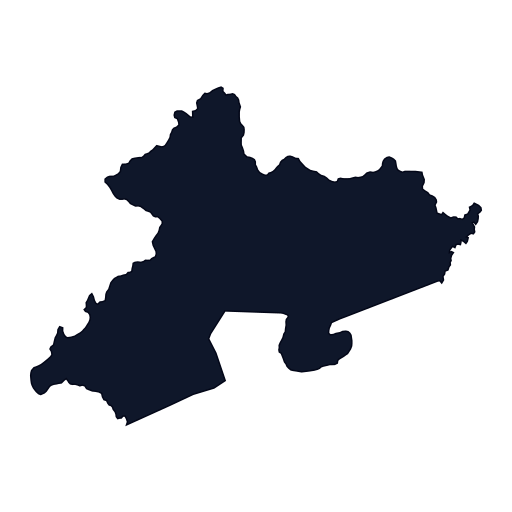 Umburanas, Bahia, Brazil (Natural Earth projection)
{"feature_id": "56859067B72375205404431", "entity_name": "Umburanas", "entity_type": "district", "adm_level": 2, "iso_a3": "BRA", "parent_name": "Brazil", "parent_adm1": "Bahia", "projection": "natural_earth1", "projection_center": [-41.256, -10.567], "detail": "fine", "context": "isolated", "style": "filled", "palette": "ink", "viewbox_px": 512, "rotation_deg": 0, "n_neighbors": 0, "source": "geoboundaries", "source_scale": "gbopen_adm2", "svg_char_len": 6028}
<svg xmlns="http://www.w3.org/2000/svg" viewBox="0 0 512 512"><path d="M227.8,94.5L226.0,95.1L224.6,93.2L222.8,91.4L223.0,88.3L221.1,87.1L218.3,88.0L216.0,89.0L212.6,90.6L209.8,92.9L207.0,93.8L204.9,93.3L202.9,95.4L200.7,98.8L197.5,100.5L196.7,102.9L197.2,105.3L197.8,108.6L195.6,110.7L192.6,111.4L192.8,117.2L190.3,117.1L187.9,115.1L186.1,113.6L183.8,112.1L181.7,111.0L177.1,111.0L174.9,112.2L174.2,115.1L174.8,117.5L177.4,118.7L178.7,122.3L179.0,124.9L176.6,127.2L174.0,128.2L172.5,129.8L171.7,132.4L170.5,134.5L170.1,137.4L168.7,140.1L166.8,143.2L165.2,145.6L163.4,146.6L161.5,146.9L156.7,145.7L152.7,150.0L150.6,151.4L149.3,152.9L147.2,153.8L145.2,154.4L143.7,156.2L141.8,157.6L139.4,157.6L134.6,158.3L132.1,158.9L130.1,161.0L128.8,163.3L125.9,164.2L122.4,164.3L120.9,167.4L120.4,171.5L118.3,173.9L115.6,175.4L113.8,176.3L109.6,176.4L107.4,177.2L105.1,179.1L105.1,182.0L107.5,184.2L109.9,187.3L111.6,190.2L113.3,193.5L115.2,196.2L116.9,197.9L119.6,199.2L122.3,199.2L124.2,198.8L126.7,199.5L128.9,201.6L130.4,203.5L135.5,206.0L138.2,205.8L140.7,206.4L142.3,207.6L144.2,208.9L146.0,210.5L148.0,211.1L150.6,212.1L153.4,215.9L155.5,216.8L157.6,216.6L159.7,218.2L162.2,221.1L162.3,223.6L161.3,225.3L159.8,227.4L159.2,230.4L158.1,233.2L156.3,235.5L154.4,238.3L152.4,241.7L153.2,245.3L154.8,248.7L156.1,251.4L156.3,254.0L155.4,256.8L153.4,257.7L151.6,258.7L150.2,260.3L147.7,260.4L145.4,260.3L143.6,261.6L140.9,262.4L137.7,262.0L134.9,262.4L133.2,263.3L132.9,265.8L132.2,268.5L131.8,271.4L130.0,272.4L128.1,272.5L126.3,274.6L123.3,275.2L120.8,276.1L118.2,276.4L116.4,277.5L114.5,278.5L112.9,280.2L110.9,282.8L108.8,289.3L106.8,291.9L106.0,294.2L105.7,297.7L105.2,300.7L102.3,301.8L100.0,302.0L97.7,304.3L95.8,303.3L94.3,300.4L93.4,296.8L91.8,293.7L89.6,295.6L87.5,300.6L86.2,302.7L86.4,304.9L86.4,307.5L84.2,309.6L85.5,311.4L88.2,312.3L89.8,314.6L90.3,317.4L90.0,319.8L88.9,322.6L87.8,324.2L86.6,326.2L85.4,328.0L83.8,329.6L82.5,331.2L80.4,332.9L77.2,334.7L74.9,336.2L71.1,337.3L67.3,337.8L65.5,336.7L63.8,334.4L62.6,331.1L62.7,327.8L59.7,326.7L58.0,329.6L57.7,333.1L56.3,336.0L55.3,337.7L54.4,341.3L53.6,344.9L50.9,347.0L50.0,349.0L51.5,351.5L52.0,354.6L50.7,356.7L48.1,359.1L44.1,362.4L41.2,364.6L38.7,365.9L36.4,366.9L34.0,367.7L31.6,370.5L31.0,372.7L30.7,375.6L31.1,380.4L31.5,383.2L32.2,385.3L33.4,387.8L34.7,389.6L36.3,391.6L38.6,393.7L40.7,394.5L44.3,392.9L46.2,391.2L49.6,386.3L51.3,385.1L53.8,384.2L56.5,383.8L58.5,383.3L61.4,382.9L64.2,380.1L66.2,378.6L67.9,380.7L68.9,382.4L70.4,383.9L72.4,384.3L75.1,384.2L78.0,385.0L79.8,385.8L82.3,385.1L84.8,385.8L86.6,388.6L88.9,389.6L92.3,390.9L95.4,391.2L98.9,391.9L101.7,393.4L102.5,396.9L104.0,399.7L106.6,400.5L107.9,403.3L109.2,405.0L111.0,405.5L112.4,406.9L113.3,409.5L115.1,411.7L116.0,414.2L116.3,416.7L117.7,418.6L119.5,418.1L121.3,418.0L123.0,416.0L125.1,416.1L126.5,418.8L127.5,421.8L126.5,424.9L170.2,405.1L193.2,394.3L214.0,388.0L225.2,380.6L215.9,353.1L208.6,338.8L210.6,333.6L225.0,310.9L271.1,312.5L280.7,312.8L283.2,313.2L286.0,314.3L287.7,314.9L288.4,316.9L286.4,319.4L286.0,321.7L286.2,325.1L285.6,328.7L285.3,331.9L283.9,334.0L283.0,337.6L281.6,340.4L280.3,342.7L279.2,345.3L279.3,347.8L278.9,349.8L279.3,352.0L281.3,353.3L283.3,358.4L284.5,361.9L286.1,364.0L287.0,366.2L288.7,368.1L290.9,369.9L293.1,370.4L296.5,370.9L301.6,371.8L309.1,370.9L314.2,370.1L317.5,369.2L319.5,368.3L321.0,366.9L323.1,366.1L327.5,365.1L329.8,364.5L332.1,364.5L334.7,364.4L337.3,363.1L337.7,360.4L339.3,358.9L343.6,356.3L345.9,354.6L347.5,353.6L350.5,348.9L351.6,346.0L351.8,343.6L351.8,340.7L351.0,335.2L349.8,333.2L348.1,331.7L345.8,331.2L342.6,331.5L340.1,332.7L338.0,333.1L335.9,333.5L333.5,334.5L330.4,334.9L328.6,333.3L328.7,330.7L329.2,328.0L330.6,325.0L331.4,322.6L340.0,318.7L345.6,316.6L437.7,281.0L439.8,280.7L441.7,283.0L443.5,280.0L442.9,276.4L444.6,274.0L445.0,271.1L447.9,270.0L449.0,266.7L450.4,264.9L450.1,262.4L451.1,260.6L450.7,258.4L451.6,255.2L453.4,252.6L451.4,251.6L449.4,252.6L449.7,250.1L450.9,248.4L452.6,246.3L454.9,247.6L456.1,244.6L458.0,244.1L460.4,244.6L460.9,242.4L461.0,240.1L463.5,241.3L465.9,243.4L467.3,241.4L468.2,237.7L466.3,237.0L468.4,235.0L471.0,233.3L473.4,233.8L474.7,231.9L474.2,229.3L474.5,227.0L472.2,222.8L473.9,222.0L475.7,224.3L477.5,221.7L478.1,218.8L478.3,216.2L477.6,213.8L479.9,212.1L481.3,210.3L480.9,207.7L478.6,205.4L474.2,203.2L472.8,205.3L471.2,206.4L469.5,207.2L470.1,210.0L467.7,214.1L464.9,215.0L464.3,217.9L462.3,219.4L459.8,218.6L457.8,218.9L456.0,217.1L453.5,217.0L450.8,218.0L447.4,216.2L445.2,214.5L443.0,212.6L441.6,214.7L439.5,214.0L437.0,213.1L435.9,207.8L434.9,205.1L436.5,202.0L436.2,199.9L434.7,197.5L432.1,195.9L429.5,195.0L427.8,192.7L425.0,191.0L422.5,189.1L422.3,186.1L424.0,182.6L424.2,179.5L422.4,175.0L421.9,172.3L415.5,171.5L405.0,171.4L402.5,172.3L399.8,171.2L398.0,170.1L396.9,168.5L396.2,166.0L395.9,163.9L395.4,161.0L393.6,159.2L391.8,158.1L389.2,157.0L387.0,157.5L384.6,159.1L383.2,161.3L382.6,163.5L382.4,166.0L379.6,169.6L378.0,170.8L375.5,171.9L373.1,172.5L370.1,172.0L366.8,173.1L365.0,174.9L362.8,176.7L360.4,177.3L358.1,177.7L355.4,177.3L352.3,178.1L349.8,178.8L346.9,178.9L344.2,178.9L342.3,178.7L340.5,178.3L338.3,178.9L337.3,181.6L334.8,182.2L332.0,181.6L328.9,180.2L326.7,178.1L324.2,176.4L320.9,175.4L318.2,173.5L316.5,171.9L313.3,171.3L310.2,170.5L305.2,167.3L301.8,163.6L299.8,161.4L298.3,158.6L295.5,158.4L292.4,156.9L290.0,156.2L287.8,156.5L286.0,157.6L284.2,159.4L282.3,160.3L280.6,162.2L279.6,164.9L277.7,166.5L276.3,168.1L275.1,169.7L273.1,171.5L270.8,172.7L269.0,173.1L267.4,175.1L265.1,175.3L262.6,174.3L259.6,172.6L257.6,170.0L256.5,166.9L255.3,164.8L255.3,161.8L254.4,159.7L252.4,158.4L249.8,157.4L247.0,157.0L243.9,154.0L243.5,151.2L242.3,147.6L241.2,145.1L241.1,142.8L241.2,137.8L243.4,135.1L244.0,132.5L244.1,129.6L243.8,127.3L242.4,125.6L240.7,123.8L239.6,121.5L239.4,119.1L239.2,116.9L239.2,111.8L239.7,109.1L240.4,106.9L238.9,102.5L238.6,100.1L237.6,98.0L235.9,96.6L234.5,94.6L232.6,93.8L230.1,94.4L227.8,94.5Z" fill="#0f172a" stroke="#020617" stroke-width="1.5"/></svg>